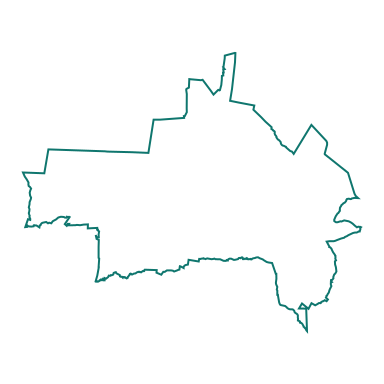 Morelos, Zacatecas, Mexico (Natural Earth projection)
{"feature_id": "50627088B46925631567457", "entity_name": "Morelos", "entity_type": "district", "adm_level": 2, "iso_a3": "MEX", "parent_name": "Mexico", "parent_adm1": "Zacatecas", "projection": "natural_earth1", "projection_center": [-102.666, 22.855], "detail": "fine", "context": "isolated", "style": "outline", "palette": "teal", "viewbox_px": 384, "rotation_deg": 0, "n_neighbors": 0, "source": "geoboundaries", "source_scale": "gbopen_adm2", "svg_char_len": 5999}
<svg xmlns="http://www.w3.org/2000/svg" viewBox="0 0 384 384"><path d="M336.2,269.7L335.9,267.2L335.1,264.5L334.9,261.6L335.3,260.8L336.0,260.4L335.3,258.6L335.5,257.6L335.4,256.8L335.5,255.9L335.1,255.6L334.9,254.8L333.1,252.3L331.9,249.9L331.5,248.8L330.3,247.4L329.4,247.1L329.5,246.9L326.7,241.6L329.4,241.2L333.7,241.2L335.6,240.7L336.4,240.3L341.2,238.5L344.2,237.7L344.9,237.0L347.0,236.1L348.3,235.2L353.0,233.0L355.1,232.5L356.7,232.5L357.7,232.1L358.7,231.4L359.7,231.5L360.4,229.1L360.2,228.0L361.0,227.2L360.4,226.9L359.5,226.9L358.3,226.7L356.9,227.3L354.9,225.7L352.6,223.6L350.7,222.3L348.7,221.3L344.2,220.4L341.5,221.5L340.4,221.3L338.0,222.1L337.0,222.3L335.9,222.2L334.3,221.1L334.2,219.8L335.7,216.3L337.6,213.4L338.3,213.1L339.1,211.8L339.7,211.2L339.9,210.6L339.7,210.1L339.9,209.3L339.9,208.2L340.1,207.4L340.9,206.4L341.5,205.0L342.3,204.5L343.4,203.3L344.8,202.6L345.9,201.3L346.3,200.5L346.4,199.8L347.0,199.0L348.8,198.7L350.5,199.1L351.2,199.0L351.7,198.5L354.5,197.9L358.1,198.1L355.7,195.9L354.5,193.7L348.0,172.8L324.8,154.3L324.7,153.7L327.1,144.8L327.1,142.6L326.3,140.9L311.4,124.9L293.7,153.9L292.3,152.0L292.0,151.6L290.2,151.0L286.4,147.7L286.0,146.9L285.6,146.9L285.2,146.5L284.0,145.9L282.6,145.5L282.0,145.1L281.4,144.4L280.9,143.6L280.7,142.1L279.2,140.3L277.8,139.4L276.4,137.4L276.5,136.7L275.9,135.7L275.1,134.8L274.6,133.3L274.8,132.0L274.6,131.5L274.1,131.0L273.5,130.8L272.9,130.2L272.8,129.8L271.4,129.0L271.6,127.2L265.5,121.7L261.2,117.2L253.4,109.7L254.3,105.5L238.9,102.6L230.1,100.8L232.0,89.1L235.0,62.3L235.4,53.0L234.9,52.9L224.8,55.6L224.7,58.4L223.5,66.7L223.1,67.0L224.6,69.1L223.2,69.3L223.7,72.5L223.0,72.6L223.3,75.5L221.9,75.9L221.8,79.8L221.3,85.0L219.9,90.2L219.4,90.4L218.5,89.9L218.2,89.9L213.5,94.6L210.7,90.6L202.6,79.8L201.0,80.2L191.0,79.3L189.3,79.1L188.9,87.6L186.5,88.9L186.3,89.2L186.2,90.0L186.8,94.0L186.7,108.3L186.8,112.2L184.8,116.1L183.9,116.1L184.1,117.9L159.6,119.7L153.6,119.7L148.4,152.9L131.9,152.2L107.6,151.6L104.7,151.3L48.4,149.4L44.3,173.3L23.0,172.5L24.8,176.6L26.8,179.5L28.5,182.5L28.4,184.5L28.7,186.0L30.0,187.0L31.1,188.6L30.3,190.4L29.7,192.7L30.1,195.6L31.1,197.7L30.8,199.1L29.6,202.1L29.5,204.5L28.8,207.4L29.5,209.1L29.3,211.3L28.8,213.1L29.3,214.9L29.7,215.8L29.4,216.9L30.3,219.0L30.2,219.9L28.0,219.2L25.3,227.1L27.2,226.9L27.7,225.8L28.0,226.1L28.9,226.4L31.4,226.6L33.6,226.3L33.8,225.3L34.3,225.2L34.9,225.4L36.5,225.5L39.4,227.4L39.8,225.4L40.6,225.1L40.9,224.2L41.7,223.2L42.8,222.7L46.2,222.0L48.0,223.3L49.1,222.7L51.3,223.3L52.7,221.3L53.7,220.7L56.0,219.5L58.3,217.5L60.7,216.8L61.6,216.8L63.9,217.0L64.9,217.6L66.3,217.7L66.9,216.7L67.9,217.1L69.0,216.8L69.6,217.1L64.8,224.1L66.7,225.8L67.7,223.9L69.0,223.9L68.2,225.3L75.3,225.2L76.9,224.9L80.1,225.2L83.6,224.6L87.9,224.4L87.8,228.4L97.2,227.9L97.1,229.5L97.9,229.6L97.8,230.4L99.1,231.4L98.6,234.7L98.8,237.3L96.6,237.2L95.7,235.0L96.6,238.9L98.8,239.9L98.6,246.9L98.6,257.9L99.2,258.5L98.6,267.1L98.8,267.2L97.3,275.5L95.6,281.5L96.0,281.7L96.6,281.1L97.0,281.1L97.5,281.7L98.0,281.7L99.0,281.1L99.7,280.2L100.1,280.2L100.1,280.5L100.6,280.2L100.8,279.5L101.0,279.4L101.9,280.2L102.1,280.1L103.0,278.6L103.7,278.7L103.7,280.3L104.6,280.3L104.7,278.1L106.0,278.7L108.1,277.1L108.8,275.6L110.2,275.8L110.5,275.6L110.9,275.1L111.6,275.3L113.2,274.6L113.7,272.9L115.4,272.2L115.9,272.2L116.2,273.1L116.4,273.3L119.8,275.1L120.0,276.4L120.5,276.7L121.0,276.8L121.8,276.7L122.8,277.7L123.1,277.0L124.5,277.1L124.5,277.4L124.8,277.6L125.4,277.6L125.5,277.8L125.9,277.9L126.7,278.4L127.7,277.8L127.8,276.9L128.4,276.4L129.6,274.6L129.9,273.9L130.5,273.6L131.1,273.8L131.3,274.4L132.2,274.5L133.9,273.6L135.5,273.4L137.0,272.3L138.5,271.8L139.0,272.1L139.5,271.8L140.1,272.1L140.8,272.0L141.1,272.3L142.9,271.0L143.9,271.2L144.1,271.1L144.0,270.6L144.8,269.7L156.7,270.1L156.5,272.7L161.3,274.7L163.3,271.8L164.7,271.9L166.9,270.4L171.1,270.4L172.9,270.7L174.1,271.5L176.9,270.5L178.2,269.9L179.4,269.6L179.8,266.5L179.9,266.2L180.6,266.4L183.6,268.0L183.6,267.2L183.7,266.7L184.6,265.6L185.7,265.0L187.9,264.6L188.6,259.8L198.7,261.5L199.2,258.9L200.5,259.0L201.1,258.7L201.8,258.7L203.4,258.3L203.7,258.7L204.6,258.7L205.4,259.1L207.2,258.4L211.6,259.2L213.5,258.9L214.3,258.6L215.5,259.2L220.2,259.3L223.5,260.8L225.9,260.9L226.7,260.0L227.2,260.1L227.8,260.5L228.4,259.2L229.5,258.7L231.2,258.7L233.9,259.9L235.0,259.8L238.0,259.1L238.7,258.1L239.9,257.9L240.4,258.2L241.5,257.5L242.0,257.3L242.5,257.5L242.8,257.9L242.7,258.7L242.9,259.1L244.1,259.1L244.7,258.7L245.4,258.6L245.8,258.9L246.8,258.1L247.8,258.8L248.0,259.0L247.9,259.2L248.7,259.3L250.6,258.9L251.0,259.0L251.1,259.4L251.6,259.4L252.4,258.6L253.3,258.3L255.0,258.0L256.1,257.5L257.7,257.3L258.1,257.3L259.6,258.2L262.8,259.4L263.5,260.0L266.7,262.0L268.6,262.5L272.1,263.0L275.8,273.9L276.3,273.9L276.4,278.8L275.9,282.7L276.0,283.8L276.5,285.2L277.3,286.9L276.8,289.7L277.3,290.5L277.3,294.8L277.9,294.8L278.1,296.4L279.2,302.6L279.8,304.1L280.4,304.9L281.0,305.1L285.1,306.0L286.4,307.0L287.4,308.1L288.5,308.8L289.5,309.2L290.3,309.3L292.2,309.3L292.9,309.5L294.2,310.7L294.6,312.1L295.4,313.0L296.5,313.6L297.5,314.5L297.9,315.7L297.8,317.4L298.1,319.0L297.9,319.7L297.9,320.5L299.6,321.2L300.0,321.5L300.2,322.0L299.9,322.2L299.9,322.6L300.2,322.8L301.4,323.0L302.3,323.9L303.7,326.4L303.6,326.7L304.0,327.0L304.4,327.5L304.7,327.6L305.0,328.2L305.3,328.3L306.3,330.0L306.3,330.3L307.0,331.1L306.2,308.6L299.0,308.5L302.0,303.5L308.5,308.8L311.5,303.2L315.2,305.3L317.9,303.8L318.6,303.2L319.3,303.0L320.3,303.2L320.8,303.0L321.1,302.2L322.4,301.4L322.8,301.4L323.3,301.0L323.8,300.9L324.7,300.2L326.6,301.2L327.9,299.5L325.9,297.6L326.4,296.5L326.5,295.8L327.0,295.6L327.8,293.9L328.4,293.2L329.0,292.0L329.2,291.0L329.8,289.3L331.4,286.1L331.2,285.5L330.9,285.0L330.8,282.9L331.1,282.5L331.9,282.1L330.9,281.2L331.1,280.0L332.2,279.9L333.4,278.4L333.3,277.0L334.2,274.5L335.3,273.5L336.4,271.5L336.2,269.7Z" fill="none" stroke="#0f766e" stroke-width="2"/></svg>